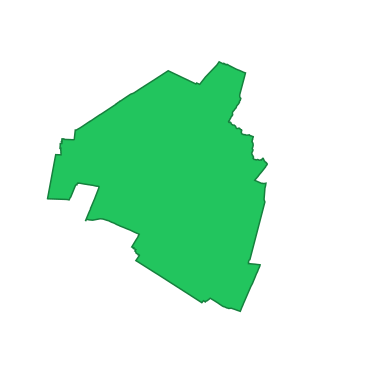 the district of Pijnacker-Nootdorp, Zuid-Holland, Netherlands, rotated 321°
{"feature_id": "6326949B78332299759776", "entity_name": "Pijnacker-Nootdorp", "entity_type": "district", "adm_level": 2, "iso_a3": "NLD", "parent_name": "Netherlands", "parent_adm1": "Zuid-Holland", "projection": "natural_earth1", "projection_center": [4.43, 52.011], "detail": "fine", "context": "isolated", "style": "filled", "palette": "green", "viewbox_px": 384, "rotation_deg": 321, "n_neighbors": 0, "source": "geoboundaries", "source_scale": "gbopen_adm2", "svg_char_len": 5677}
<svg xmlns="http://www.w3.org/2000/svg" viewBox="0 0 384 384"><g transform="rotate(321 192 192)"><path d="M154.4,315.1L155.9,314.3L158.0,313.1L160.0,312.1L162.1,310.9L163.9,310.0L172.5,305.5L178.2,302.5L181.5,301.1L183.3,300.1L184.2,299.6L187.4,297.9L190.2,296.3L193.0,295.0L194.8,293.9L196.9,292.9L198.3,292.1L199.1,291.4L196.7,289.0L195.7,287.9L190.9,283.3L191.4,283.0L191.2,282.6L191.4,282.3L191.6,282.1L192.2,281.7L192.7,281.3L193.1,281.0L193.6,280.9L194.4,281.0L242.4,245.6L243.1,243.6L243.5,242.9L246.3,240.0L249.8,236.3L251.0,235.0L252.6,233.8L252.9,233.6L255.0,231.7L253.7,231.0L253.3,230.7L252.3,229.9L252.1,229.4L251.6,229.1L251.4,228.9L248.1,222.4L248.4,222.3L249.3,222.1L253.4,221.4L253.7,221.2L254.9,221.0L255.1,220.9L258.7,220.2L258.8,220.2L265.0,218.8L265.3,218.5L267.2,218.1L267.8,217.8L268.1,217.6L268.2,216.6L268.2,215.8L268.0,215.7L268.0,215.8L268.1,215.7L268.1,215.4L267.9,215.0L267.9,214.9L267.8,214.7L267.9,214.0L267.7,213.4L267.8,213.2L267.9,212.9L268.5,210.7L268.3,210.4L268.0,210.4L267.5,210.6L267.3,210.5L266.4,210.8L266.4,210.7L266.0,210.8L265.9,210.6L266.0,210.6L266.0,210.4L265.0,210.1L264.3,209.7L264.2,209.5L263.7,208.4L263.5,208.1L263.2,207.9L262.4,207.7L262.0,207.4L261.9,207.3L261.8,206.9L261.3,206.3L260.7,205.7L260.8,205.4L260.8,205.2L260.7,204.7L260.6,204.4L261.2,204.1L261.4,203.8L261.7,203.6L261.8,203.5L261.7,203.2L261.8,203.0L261.9,202.7L262.0,202.4L262.2,201.9L262.2,201.7L262.1,201.3L262.3,200.8L262.4,200.3L262.7,199.8L262.9,199.4L263.5,199.0L264.4,198.6L265.1,198.3L265.5,198.0L265.8,197.7L266.0,197.4L266.0,197.0L265.9,196.5L266.1,196.2L266.8,195.7L267.7,195.2L268.8,194.3L269.2,193.8L270.1,192.4L270.1,191.7L270.2,191.1L270.2,190.6L270.3,190.5L270.8,190.4L271.1,189.9L271.5,189.7L271.7,189.4L271.8,189.3L272.1,189.3L272.4,189.2L272.7,188.8L272.8,188.6L274.2,187.8L274.4,187.6L274.3,187.3L273.8,186.7L273.5,185.9L273.4,185.8L272.9,185.2L272.8,184.8L272.7,184.6L272.4,184.3L272.3,184.2L272.5,183.8L272.5,183.6L272.1,183.5L271.8,183.2L271.2,182.9L270.3,182.3L269.6,181.5L269.5,181.2L269.4,180.9L269.3,180.7L268.5,180.3L268.4,180.1L268.3,179.8L268.1,179.7L267.9,179.3L267.7,179.1L267.6,178.6L267.4,178.3L267.3,177.9L267.4,177.7L267.7,177.3L267.7,176.7L267.8,176.6L268.2,176.2L269.3,175.6L269.5,175.2L269.6,174.8L269.4,174.7L269.0,174.0L269.0,173.8L269.1,173.1L269.0,172.5L269.0,172.3L268.6,171.9L268.3,171.7L267.5,171.4L266.9,171.0L266.8,170.8L266.7,170.6L266.6,170.3L266.6,170.0L266.9,169.3L267.0,168.9L267.2,168.3L267.1,167.8L266.8,166.4L266.5,166.2L266.0,165.9L265.9,165.8L265.6,164.8L265.5,164.4L265.4,164.0L265.5,163.5L265.8,162.7L265.8,162.2L265.7,161.9L265.6,161.7L265.2,161.4L264.6,161.4L264.5,160.7L264.7,160.3L265.1,160.0L265.8,160.0L266.3,159.8L266.6,159.6L267.1,159.5L267.4,159.2L268.3,159.0L268.9,158.7L269.5,158.3L270.9,158.1L271.0,158.0L271.1,157.9L271.3,157.7L271.6,157.7L271.8,157.8L272.2,157.6L272.2,157.4L273.1,156.1L273.5,155.7L273.9,155.4L274.6,155.2L276.1,155.0L277.8,154.5L278.6,154.5L278.9,154.4L279.8,154.0L280.7,153.4L281.1,153.2L281.7,153.1L283.1,152.9L284.3,152.6L284.7,152.3L285.4,152.1L285.5,152.0L285.8,151.4L286.5,151.2L287.0,151.2L287.3,151.0L288.8,150.0L288.9,149.9L288.7,149.3L288.7,149.1L289.0,148.1L289.6,147.3L290.2,146.5L298.3,140.6L305.7,135.2L308.5,133.1L307.3,131.2L306.7,129.9L305.2,127.0L304.9,126.6L303.6,124.2L301.2,118.7L301.1,118.8L300.3,116.7L300.2,116.3L299.6,114.9L299.0,115.0L298.6,114.2L298.3,114.2L298.1,113.9L298.3,113.8L298.3,113.6L297.7,112.0L296.9,112.1L295.0,107.9L291.2,109.0L274.8,111.1L265.7,113.2L264.2,110.2L263.0,110.5L249.8,82.8L231.8,80.9L216.8,79.2L209.6,78.5L208.5,78.3L205.9,77.4L199.8,76.8L193.8,76.3L193.4,76.0L193.1,76.2L190.7,75.9L190.6,76.0L188.2,75.8L188.2,76.0L169.6,74.2L169.9,74.1L162.5,73.4L162.1,73.4L157.5,73.0L157.6,72.9L157.1,72.8L147.7,72.0L145.1,71.7L142.8,71.3L142.7,71.3L140.9,71.0L140.3,70.4L133.5,77.1L132.9,76.9L125.9,70.8L125.8,70.7L125.9,70.3L125.9,70.1L125.7,70.0L125.3,69.9L125.1,69.7L125.1,69.4L124.3,68.9L123.5,69.9L123.0,70.3L122.3,70.6L122.8,71.0L122.1,71.5L121.3,72.4L120.1,71.5L119.2,72.5L118.6,73.3L118.1,73.7L116.9,75.0L117.6,75.5L117.0,75.9L115.3,78.5L115.1,78.6L114.4,79.7L113.6,80.7L112.0,79.3L111.2,78.6L109.6,77.2L75.5,106.3L75.6,106.5L89.0,118.1L90.5,119.5L90.9,120.1L91.6,120.8L93.3,119.9L94.6,119.6L105.7,113.5L107.3,113.7L107.3,113.8L108.6,113.1L109.3,113.8L109.5,113.7L109.7,113.8L111.4,115.8L112.7,117.3L113.0,117.7L114.6,119.4L115.9,120.9L117.1,122.1L117.6,122.8L118.9,124.1L121.0,126.8L121.4,127.3L122.1,127.9L122.9,128.8L123.1,129.1L123.1,129.3L123.0,129.5L122.5,129.9L121.3,130.7L113.6,135.1L112.6,135.7L111.2,136.5L110.7,136.7L109.6,137.3L103.4,140.6L103.0,140.7L102.1,141.6L101.7,141.8L100.7,142.2L98.0,143.6L97.3,144.0L96.0,144.7L91.4,147.2L91.5,147.4L92.8,146.8L94.7,149.1L97.1,151.4L103.8,155.0L105.9,157.1L108.3,160.8L109.0,161.7L109.5,162.6L109.6,163.0L110.6,165.1L111.5,166.5L112.0,167.5L112.4,168.3L112.8,169.5L113.5,170.8L114.2,172.1L114.5,172.9L116.8,176.9L118.0,179.2L120.0,182.7L121.9,186.8L122.2,187.4L123.2,189.4L124.0,190.7L124.4,191.6L122.6,192.3L122.6,192.5L120.9,193.2L117.8,194.2L110.6,196.8L111.7,198.8L110.9,199.0L112.1,201.4L110.5,201.9L110.8,202.6L110.1,204.5L111.1,206.9L110.7,207.0L111.3,208.1L111.2,208.2L105.2,210.0L106.0,212.2L112.5,231.5L113.6,234.6L130.0,284.2L132.5,283.7L132.9,284.8L133.1,285.8L134.5,285.6L134.9,285.9L135.1,286.0L135.8,286.0L137.4,286.1L139.3,286.0L140.9,290.4L141.8,293.1L142.2,294.2L142.9,296.7L143.8,299.6L144.3,300.9L144.8,301.3L145.5,302.7L146.0,303.8L146.3,304.2L146.9,304.9L147.1,305.4L147.2,305.6L148.7,306.6L149.2,306.8L149.3,306.9L150.1,308.2L151.6,310.5L153.0,312.9L154.0,314.4L154.4,315.1Z" fill="#22c55e" stroke="#15803d" stroke-width="1.5"/></g></svg>